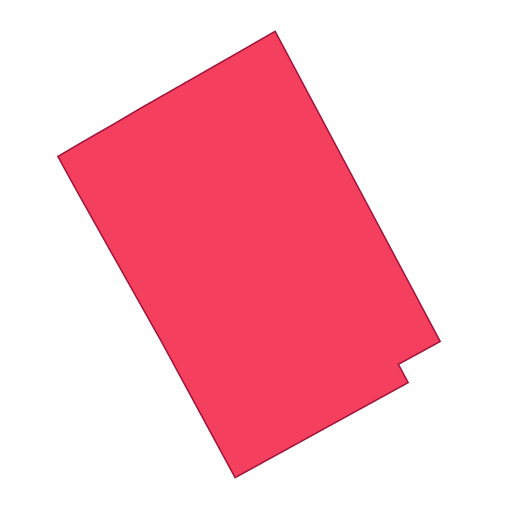 Jasper, Missouri, United States of America (Natural Earth projection), rotated 60°
{"feature_id": "52423323B94294410051786", "entity_name": "Jasper", "entity_type": "district", "adm_level": 2, "iso_a3": "USA", "parent_name": "United States of America", "parent_adm1": "Missouri", "projection": "natural_earth1", "projection_center": [-94.517, 37.206], "detail": "fine", "context": "isolated", "style": "filled", "palette": "rose", "viewbox_px": 512, "rotation_deg": 60, "n_neighbors": 0, "source": "geoboundaries", "source_scale": "gbopen_adm2", "svg_char_len": 622}
<svg xmlns="http://www.w3.org/2000/svg" viewBox="0 0 512 512"><g transform="rotate(60 256 256)"><path d="M441.7,187.5L421.0,186.9L422.1,139.2L71.0,127.1L70.9,148.1L70.9,149.4L70.9,160.2L70.6,228.0L70.5,230.3L70.6,237.1L70.5,238.1L70.5,244.7L70.5,254.7L70.4,255.0L70.4,265.3L70.4,270.2L70.3,276.4L70.3,281.6L70.4,293.5L70.6,316.2L70.6,318.3L70.5,331.8L70.5,339.3L70.6,345.3L70.5,347.7L70.5,347.9L70.5,353.7L70.5,354.1L70.6,362.9L70.7,377.8L97.9,378.4L105.8,378.6L183.9,379.6L186.1,379.6L196.5,379.7L203.5,379.8L210.1,379.9L282.4,380.7L437.5,384.9L441.7,187.5Z" fill="#f43f5e" stroke="#9f1239" stroke-width="1.5"/></g></svg>